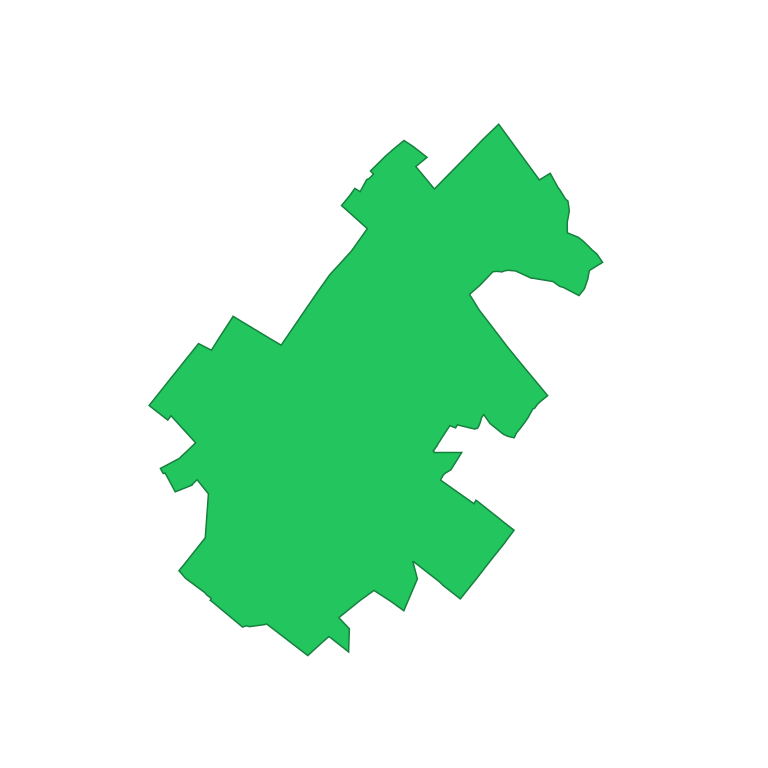 Bokobá, Yucatán, Mexico (Albers equal-area conic projection), rotated 212°
{"feature_id": "50627088B16110462273646", "entity_name": "Bokobá", "entity_type": "district", "adm_level": 2, "iso_a3": "MEX", "parent_name": "Mexico", "parent_adm1": "Yucatán", "projection": "albers", "projection_center": [-89.177, 20.996], "detail": "fine", "context": "isolated", "style": "filled", "palette": "green", "viewbox_px": 768, "rotation_deg": 212, "n_neighbors": 0, "source": "geoboundaries", "source_scale": "gbopen_adm2", "svg_char_len": 3315}
<svg xmlns="http://www.w3.org/2000/svg" viewBox="0 0 768 768"><g transform="rotate(212 384 384)"><path d="M514.6,512.8L504.4,511.1L497.8,509.9L496.0,509.6L488.0,508.2L480.5,506.9L480.8,501.8L481.1,496.3L481.6,488.1L482.1,479.5L485.6,460.1L486.0,458.2L487.9,448.0L488.6,435.7L488.8,433.1L489.3,422.9L489.5,418.1L489.9,409.7L490.1,403.8L490.7,389.6L491.8,362.4L504.5,362.1L512.4,362.0L524.2,361.8L536.7,361.6L545.0,361.5L547.8,361.5L548.2,337.6L548.2,337.1L548.2,336.7L548.3,322.0L548.3,321.7L548.3,321.2L562.7,320.0L563.5,313.0L564.3,306.2L564.9,301.4L565.5,296.5L566.3,289.0L567.1,282.1L567.7,277.3L568.5,270.2L569.2,263.8L569.5,261.1L570.2,255.6L571.0,248.2L571.4,244.9L571.8,241.3L562.8,240.3L557.5,239.8L548.2,238.8L548.1,240.5L547.8,244.2L532.1,239.8L512.6,234.3L515.5,222.7L517.0,217.1L518.2,212.3L521.0,207.5L523.5,203.2L528.8,194.1L528.9,193.9L524.1,191.2L523.0,191.5L522.5,192.6L516.8,189.3L514.3,187.9L513.2,187.3L512.1,186.7L511.7,186.4L510.1,185.5L509.1,184.9L508.1,184.3L507.0,183.7L506.0,183.1L504.9,182.5L503.9,181.9L493.2,196.5L493.5,196.7L491.8,203.8L474.7,197.8L454.1,158.9L457.9,124.9L458.5,120.7L458.9,117.0L449.1,114.0L425.1,112.1L422.4,111.1L416.9,110.7L416.8,108.5L412.3,108.0L375.1,102.9L372.7,106.0L369.4,107.0L357.5,116.9L356.5,118.3L304.7,113.3L299.3,132.8L296.8,140.7L272.6,138.1L272.0,138.0L283.7,158.1L298.5,161.9L289.3,188.4L283.1,203.6L263.5,203.3L247.0,202.2L249.7,219.3L252.4,236.4L265.3,248.6L265.0,248.9L264.9,249.0L264.5,249.0L244.7,246.9L232.1,245.6L227.3,244.5L205.4,242.2L203.6,257.8L202.5,266.7L200.4,287.4L199.6,294.9L198.6,303.1L197.7,310.8L197.3,314.5L197.3,316.5L196.2,328.9L209.0,330.2L209.8,330.3L220.1,331.6L220.5,331.6L223.3,331.9L240.9,333.9L241.9,334.0L244.4,334.2L244.3,330.1L245.0,330.2L257.2,330.9L263.0,331.2L285.2,332.5L285.5,338.2L284.9,340.5L281.8,346.8L281.8,349.3L281.8,366.6L281.8,366.9L281.8,367.1L294.5,359.2L305.1,352.5L305.5,353.0L306.9,353.3L306.5,355.0L306.5,356.8L306.3,359.5L306.5,362.8L306.4,365.1L306.4,369.0L306.1,383.6L300.0,384.7L300.1,388.2L286.7,392.7L283.1,393.9L282.2,395.3L281.5,395.5L281.2,397.3L281.5,399.5L281.8,401.6L282.3,403.4L283.4,406.9L283.3,409.0L283.2,410.9L282.6,410.7L273.3,406.7L256.3,404.6L251.1,405.3L245.1,407.4L245.7,412.5L245.2,416.8L244.9,418.6L244.2,426.9L244.0,432.5L244.4,437.5L244.4,439.3L244.7,441.6L243.4,443.1L243.1,447.9L242.4,451.0L241.1,454.9L239.0,460.8L245.5,463.0L260.3,467.9L268.0,470.4L287.9,477.1L298.2,480.6L314.4,486.7L317.7,487.9L321.6,489.4L325.8,491.0L328.5,492.0L337.9,495.5L342.7,497.3L345.2,498.5L347.7,499.8L358.9,505.3L358.9,505.6L358.4,507.2L355.0,518.4L352.4,530.9L351.2,536.8L348.4,539.1L345.4,540.6L343.3,541.6L341.8,543.7L339.2,546.1L332.3,549.6L315.1,551.8L313.2,552.9L308.5,554.8L295.1,560.4L286.9,559.9L282.7,561.0L265.5,562.3L264.5,571.0L266.8,581.0L268.4,584.9L269.9,589.2L263.1,603.0L272.4,607.1L278.2,607.9L289.6,610.5L296.8,611.4L308.6,609.4L311.7,614.1L314.4,618.4L316.1,622.8L318.6,629.1L324.9,636.6L328.3,637.1L336.2,641.1L341.0,643.1L354.7,650.8L360.4,639.4L424.4,665.1L429.7,644.0L435.4,617.5L437.3,609.0L444.6,576.1L472.3,585.3L467.6,599.0L485.5,600.9L496.1,601.1L500.3,588.7L503.3,578.8L508.3,557.9L508.4,557.5L504.2,556.4L504.4,554.9L505.5,550.4L507.0,548.2L506.2,534.5L512.4,534.4L512.9,525.6L514.6,512.8Z" fill="#22c55e" stroke="#15803d" stroke-width="1.5"/></g></svg>